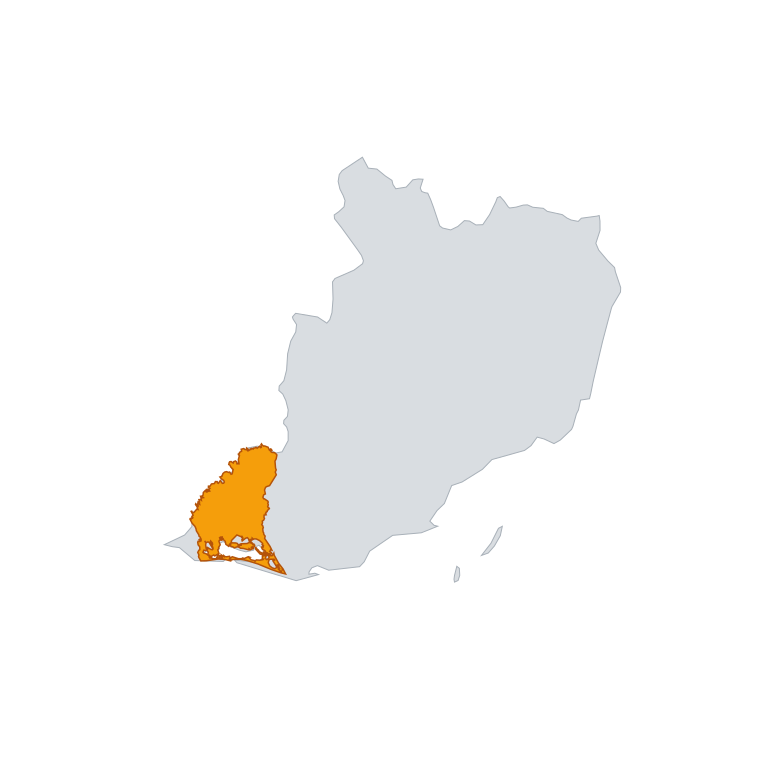 Puerto Lempira, Gracias a Dios, Honduras (highlighted), rotated 150°
{"feature_id": "27666195B20969327250579", "entity_name": "Puerto Lempira", "entity_type": "district", "adm_level": 2, "iso_a3": "HND", "parent_name": "Honduras", "parent_adm1": "Gracias a Dios", "projection": "equal_earth", "projection_center": [-84.066, 15.172], "detail": "fine", "context": "in_parent", "style": "filled", "palette": "amber", "viewbox_px": 768, "rotation_deg": 150, "n_neighbors": 0, "source": "geoboundaries", "source_scale": "gbopen_adm2", "svg_char_len": 8724}
<svg xmlns="http://www.w3.org/2000/svg" viewBox="0 0 768 768"><g transform="rotate(150 384 384)"><path d="M654.6,354.7L632.1,352.9L621.6,356.6L616.9,364.7L612.9,368.3L609.6,367.5L602.9,370.7L592.8,377.9L583.6,380.7L575.5,378.9L573.1,380.7L572.4,383.1L571.2,385.4L568.0,386.6L564.4,386.0L560.3,383.4L558.2,384.5L557.9,389.2L555.7,390.5L551.6,388.3L546.9,390.0L541.6,395.6L534.3,396.8L524.9,393.6L517.6,387.5L512.4,378.4L506.2,376.2L495.3,382.9L490.8,390.7L489.8,395.5L490.8,399.8L488.8,402.7L483.8,404.2L479.9,409.5L477.3,418.7L476.7,425.9L478.3,430.9L475.8,434.6L469.1,436.9L461.3,444.9L452.3,458.4L443.3,467.8L434.4,473.2L430.0,479.2L430.3,485.7L429.8,487.8L428.1,488.5L425.2,489.4L408.0,475.2L403.1,465.3L398.8,466.8L393.4,471.8L385.7,483.0L377.5,498.2L373.6,499.9L353.2,497.6L342.4,498.9L340.2,501.0L339.2,506.6L339.8,514.0L342.6,540.8L344.2,551.9L342.6,555.3L337.1,555.8L330.0,557.4L326.0,562.4L325.1,567.6L324.7,574.9L322.4,582.4L318.0,587.8L313.6,589.7L289.3,591.2L289.7,578.8L282.7,573.7L278.8,563.4L275.3,556.4L276.5,552.2L276.2,547.2L266.3,543.4L257.0,546.4L251.7,544.4L247.8,541.8L254.6,535.6L255.1,531.9L252.9,529.2L250.7,527.4L251.4,520.5L252.8,512.3L256.7,493.2L255.3,489.8L249.2,484.1L241.3,483.5L232.7,485.3L228.5,482.4L224.9,475.8L218.8,472.6L207.8,477.9L196.2,485.8L192.7,488.7L189.7,488.3L188.5,482.4L187.9,475.4L187.2,473.6L181.1,471.1L173.9,469.3L170.2,467.4L166.8,462.7L158.2,456.5L156.3,451.9L144.9,441.5L142.6,436.3L140.0,432.5L134.5,427.7L130.2,428.9L115.6,422.9L113.4,422.3L115.5,417.1L120.1,409.0L130.2,399.9L131.1,392.6L128.6,378.6L126.1,369.6L127.5,365.5L130.8,349.2L133.2,345.4L147.8,337.1L149.1,336.0L160.6,324.5L173.4,311.6L186.7,297.5L201.5,281.7L209.6,272.5L213.4,268.5L221.8,271.8L228.6,264.3L232.4,261.8L241.5,252.9L244.3,250.9L259.3,247.3L266.6,247.4L272.9,256.4L277.9,261.4L287.5,257.1L295.5,256.2L328.3,264.6L341.4,260.9L365.4,260.1L376.2,262.2L391.5,250.3L401.3,247.9L412.9,242.3L411.3,236.6L408.6,234.0L426.1,236.5L452.2,248.6L480.0,246.4L490.1,239.9L496.5,238.0L525.0,250.4L532.5,260.0L538.4,260.9L542.9,258.7L544.1,256.8L538.5,254.7L536.0,251.7L558.4,257.6L600.7,302.7L601.6,306.4L583.5,293.0L574.0,294.0L571.5,296.2L572.0,303.5L572.9,306.9L577.0,307.3L580.0,305.3L587.5,307.7L592.4,312.5L598.4,320.0L602.0,328.0L605.9,328.2L609.7,323.3L616.9,322.7L621.6,328.2L624.9,327.8L620.3,319.4L609.4,311.1L612.0,310.7L636.1,325.7L643.0,344.6L648.6,348.9L654.6,354.7ZM371.0,192.6L357.0,201.8L352.7,201.6L359.1,194.5L369.4,188.5L378.2,185.5L385.3,186.8L371.0,192.6ZM418.7,182.9L412.1,189.7L410.9,186.7L414.1,180.4L418.1,176.8L422.0,177.2L421.0,179.9L418.7,182.9Z" fill="#d9dde1" stroke="#a8b0b8" stroke-width="1"/><path d="M563.9,300.4L564.6,309.9L563.0,311.7L563.3,313.8L562.6,315.5L562.7,316.4L561.3,319.4L560.4,319.8L559.9,321.9L560.2,323.3L558.6,324.5L558.0,326.1L556.2,326.3L554.7,327.4L554.7,328.4L553.4,330.4L551.5,329.7L551.5,331.0L550.7,331.2L550.4,331.9L549.0,331.9L548.3,332.7L545.6,333.4L545.6,334.7L546.1,334.9L546.0,336.1L544.6,337.1L544.3,338.8L543.3,339.6L543.2,340.7L545.0,344.4L545.6,344.8L545.5,346.5L543.6,348.2L541.7,348.1L540.5,351.9L538.6,353.5L537.3,353.9L533.9,353.2L522.7,359.2L522.2,362.1L520.3,363.5L520.0,365.3L517.0,371.7L514.8,373.1L512.3,376.0L512.2,376.7L513.1,379.3L515.3,380.8L515.8,381.9L515.6,382.8L514.2,382.7L514.3,384.0L514.7,384.5L516.3,384.0L516.0,387.2L518.3,390.0L519.4,390.5L520.0,392.3L520.0,393.4L520.9,393.0L521.9,390.5L522.6,390.5L522.9,392.3L526.0,391.8L526.5,393.2L527.7,393.1L529.0,393.7L529.9,393.1L530.6,394.3L531.8,393.9L532.2,394.7L533.1,394.0L535.3,394.1L535.6,395.0L534.3,395.5L535.0,397.2L535.5,396.4L536.7,396.4L537.2,396.7L537.7,398.2L540.3,398.9L540.9,397.0L543.3,397.0L544.1,396.0L545.1,396.2L545.4,395.6L545.0,394.3L547.9,391.4L549.5,387.4L551.3,388.5L550.5,389.9L551.1,391.6L552.9,391.9L554.1,391.0L555.2,393.3L556.5,393.8L557.3,393.4L558.7,391.9L558.0,390.7L558.2,388.8L557.4,385.4L560.4,382.1L561.6,382.3L561.7,384.9L562.5,384.9L564.3,386.9L566.1,387.4L568.2,387.0L570.6,385.1L572.6,385.5L572.3,383.4L571.0,380.6L571.3,378.9L572.5,378.3L573.7,378.8L574.1,382.2L577.1,380.8L577.6,381.5L577.3,382.9L578.8,383.8L580.6,382.6L583.4,383.7L585.8,382.5L587.1,383.3L587.7,382.4L586.9,380.7L588.3,380.5L588.5,378.4L589.1,378.7L589.2,380.2L590.0,379.0L590.6,379.1L590.1,380.9L590.5,381.5L591.0,381.2L591.0,379.4L591.4,379.0L591.9,379.4L592.2,381.1L594.7,380.4L596.3,378.2L597.9,378.0L599.0,378.5L599.1,377.6L597.5,376.9L597.2,375.9L599.5,376.7L600.3,374.6L600.9,375.8L602.1,376.4L602.8,373.9L603.3,373.9L603.9,374.9L604.7,374.0L603.6,372.6L603.8,371.9L604.8,373.3L606.6,372.9L606.9,374.4L607.5,373.9L607.3,371.6L605.8,371.8L605.7,371.2L607.6,370.2L607.8,368.3L608.7,369.2L612.9,367.8L614.1,368.2L614.1,370.0L614.7,370.1L614.9,365.7L616.5,365.4L616.4,363.8L617.0,363.5L617.8,364.3L618.6,363.5L619.2,364.3L619.6,364.1L619.8,359.4L618.9,355.2L619.2,352.6L619.9,350.7L619.8,346.1L620.3,344.5L619.7,343.2L620.1,341.8L621.8,341.7L621.6,341.0L620.1,340.8L620.8,339.6L622.6,339.8L623.4,340.8L624.4,340.2L625.4,337.6L625.0,335.2L626.3,332.6L627.5,332.6L629.5,331.3L629.8,328.4L630.8,327.5L631.1,326.4L631.1,322.4L626.4,319.8L615.0,315.3L609.5,311.6L605.4,307.6L605.1,308.6L605.5,308.5L605.6,309.6L604.5,310.4L605.4,309.5L605.2,308.9L604.3,309.9L603.9,312.0L607.0,313.2L608.1,314.2L608.5,315.4L609.0,314.5L610.3,317.2L610.8,314.9L611.5,316.6L613.4,316.6L611.8,317.2L613.0,317.8L613.5,318.8L615.8,317.2L610.7,313.7L619.7,318.2L620.0,319.1L622.0,320.5L621.9,321.8L621.1,323.0L622.1,323.9L622.9,325.9L624.7,327.8L624.9,328.8L623.1,330.2L621.9,329.0L619.6,329.3L620.2,330.7L618.9,333.9L617.8,335.1L617.7,337.8L617.5,335.6L615.5,335.3L614.7,334.4L614.6,329.2L613.4,331.1L613.5,333.8L612.6,334.7L612.1,332.2L612.8,330.6L614.1,329.6L613.8,328.4L614.5,326.6L615.4,326.3L616.6,327.2L618.7,330.9L619.4,331.0L620.0,330.5L619.3,329.2L620.5,328.4L620.2,326.3L622.0,324.2L620.7,322.9L620.2,319.5L619.9,321.1L616.9,321.0L616.5,319.7L613.0,319.8L613.0,318.6L611.7,319.7L610.9,323.5L609.3,324.2L608.9,325.3L606.3,326.6L605.6,330.3L604.9,330.9L603.7,330.8L603.1,333.8L603.0,331.5L603.5,330.5L602.5,329.8L602.0,330.0L602.2,330.7L601.8,330.9L601.7,331.7L601.4,330.2L601.6,332.9L600.6,332.4L601.1,331.7L600.6,330.5L601.0,329.8L600.2,327.1L601.1,324.2L599.6,321.0L598.8,321.3L598.2,322.4L595.9,323.0L597.6,321.1L597.8,319.8L596.4,318.7L595.6,317.0L592.6,316.4L591.3,315.3L590.3,313.4L588.1,312.0L584.3,308.2L583.4,307.7L583.6,308.6L583.2,309.0L582.8,308.2L583.0,307.5L579.4,306.8L579.1,307.4L579.6,307.3L579.9,308.4L581.2,308.9L579.5,308.9L578.4,307.8L576.9,308.3L576.6,309.4L577.6,310.0L577.1,310.5L577.8,310.7L578.2,312.3L580.0,314.2L582.3,314.3L587.7,317.1L588.8,317.2L588.9,316.5L587.6,315.6L589.4,316.2L591.7,316.0L591.7,316.6L590.0,316.4L589.8,317.3L590.7,317.9L590.8,319.3L591.9,320.5L595.0,322.4L595.1,323.7L594.4,324.7L586.9,326.8L584.3,323.5L583.2,323.1L583.2,321.8L583.9,321.9L583.6,320.3L584.8,320.2L584.6,319.4L586.0,318.9L581.1,319.6L579.2,319.3L578.8,317.8L579.4,314.5L578.0,312.7L577.4,311.1L578.2,314.4L577.6,316.1L575.8,315.6L575.2,316.5L575.0,315.8L576.1,314.9L574.0,314.8L572.1,313.7L570.1,310.7L569.0,307.4L569.0,306.2L569.8,305.9L569.2,304.3L570.3,303.2L570.6,304.2L571.6,303.8L571.9,301.7L570.4,299.1L570.4,296.7L569.4,296.1L569.1,294.7L568.0,294.3L568.4,293.8L568.0,293.3L565.9,293.2L565.9,294.7L566.8,296.1L565.0,297.2L564.2,296.2L563.9,300.4ZM564.2,268.7L563.9,274.4L564.9,281.5L564.7,290.6L564.0,292.6L566.6,291.2L567.9,291.8L569.1,293.0L570.8,297.6L572.4,298.7L573.4,297.1L572.7,296.4L572.2,296.6L572.5,297.2L571.6,296.9L571.1,294.2L570.2,293.7L569.8,292.8L570.2,291.3L571.3,290.7L573.1,290.4L573.7,290.9L573.5,292.5L572.7,293.9L571.1,293.9L571.6,294.8L574.7,295.5L575.1,296.2L577.0,293.0L576.0,292.6L576.5,292.4L579.6,293.5L582.6,295.5L584.4,294.9L584.5,295.9L587.0,298.2L587.6,301.1L586.8,301.0L587.9,302.3L592.2,302.7L593.4,304.0L594.7,303.9L597.4,305.5L601.8,310.3L603.9,310.0L604.8,307.9L602.6,307.6L596.2,304.2L590.8,299.5L583.1,291.1L574.5,279.9L567.9,272.3L567.5,272.1L567.1,272.9L567.2,273.6L566.4,273.1L567.5,271.9L564.2,268.7ZM567.7,274.1L567.5,275.1L568.1,276.0L568.1,276.7L567.3,277.4L567.3,279.5L567.0,279.7L566.4,278.9L566.2,280.0L568.2,280.6L568.8,278.7L570.8,278.6L572.6,280.5L573.9,283.5L573.6,287.1L571.7,289.1L570.4,289.2L568.7,288.3L568.1,287.2L567.7,287.7L566.8,287.2L566.7,286.2L568.6,286.2L568.4,280.9L566.2,280.4L566.0,279.9L566.4,278.3L567.2,279.3L566.7,276.4L567.9,276.5L567.3,274.9L567.7,274.1ZM565.0,273.9L564.7,274.5L564.2,273.6L564.4,273.5L565.0,273.9ZM576.3,298.6L574.4,297.1L573.8,297.5L573.9,298.3L575.8,301.1L575.8,302.9L576.5,304.3L576.5,305.9L577.0,306.3L577.7,304.9L576.3,298.6ZM574.9,296.4L573.8,295.5L572.5,295.8L574.6,297.2L574.9,296.4Z" fill="#f59e0b" stroke="#b45309" stroke-width="1.5"/></g></svg>